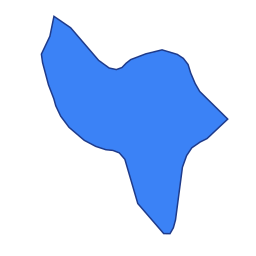 the border of Jarash, rotated 279°
{"feature_id": "JOR-856", "entity_name": "Jarash", "entity_type": "Province", "adm_level": 1, "iso_a3": "JOR", "parent_name": "Jordan", "parent_adm1": "", "projection": "natural_earth1", "projection_center": [35.881, 32.225], "detail": "fine", "context": "isolated", "style": "filled", "palette": "blue", "viewbox_px": 256, "rotation_deg": 279, "n_neighbors": 0, "source": "natural_earth", "source_scale": "10m", "svg_char_len": 654}
<svg xmlns="http://www.w3.org/2000/svg" viewBox="0 0 256 256"><g transform="rotate(279 128 128)"><path d="M44.6,189.3L36.5,188.4L30.2,186.0L29.3,179.8L54.9,149.5L96.6,129.8L102.1,123.3L103.5,116.6L103.1,109.5L104.8,99.0L109.0,86.7L119.4,69.7L129.1,59.7L138.6,53.2L145.2,50.2L158.2,42.7L179.2,33.4L187.4,30.9L206.4,36.5L226.7,37.4L218.0,55.7L190.2,88.4L184.3,100.0L183.9,107.4L186.8,112.6L191.8,116.1L196.0,120.0L204.1,134.1L210.5,149.4L208.4,165.2L205.4,171.8L200.1,177.4L192.1,181.3L182.5,187.3L175.3,193.1L152.4,225.1L129.9,207.7L125.4,201.4L118.4,194.1L109.9,190.2L97.8,187.9L44.6,189.3Z" fill="#3b82f6" stroke="#1e3a8a" stroke-width="1.5"/></g></svg>